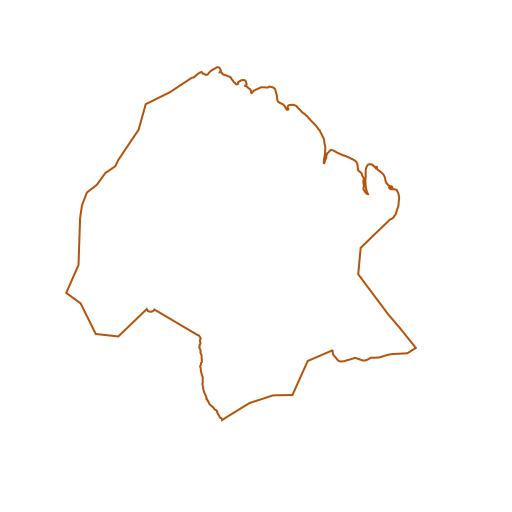 Zavxan, Uvs, Mongolia (Albers equal-area conic projection), rotated 19°
{"feature_id": "93677404B25640564843773", "entity_name": "Zavxan", "entity_type": "district", "adm_level": 2, "iso_a3": "MNG", "parent_name": "Mongolia", "parent_adm1": "Uvs", "projection": "albers", "projection_center": [93.393, 48.88], "detail": "fine", "context": "isolated", "style": "outline", "palette": "amber", "viewbox_px": 512, "rotation_deg": 19, "n_neighbors": 0, "source": "geoboundaries", "source_scale": "gbopen_adm2", "svg_char_len": 5974}
<svg xmlns="http://www.w3.org/2000/svg" viewBox="0 0 512 512"><g transform="rotate(19 256 256)"><path d="M362.1,146.2L361.3,146.0L360.5,146.2L359.5,146.0L358.4,146.1L358.1,146.1L357.0,145.3L355.8,144.8L355.4,144.1L354.2,143.1L353.9,142.7L353.8,142.1L352.8,140.8L352.2,139.7L350.7,138.0L348.7,136.8L348.1,136.7L347.0,136.1L344.4,135.2L343.3,134.9L342.5,134.6L342.1,134.2L341.9,133.9L341.5,133.8L341.3,133.1L341.4,132.8L341.2,132.6L341.1,132.4L340.3,132.6L340.2,132.7L340.1,132.9L340.2,133.6L339.4,133.1L339.0,133.1L338.7,132.8L338.6,132.7L338.3,132.7L338.2,132.8L337.7,132.7L337.2,132.3L337.2,132.1L336.7,132.0L336.4,131.8L335.8,131.8L335.5,131.9L335.1,131.8L334.9,132.0L334.5,132.0L334.2,132.2L333.8,132.1L333.3,132.3L333.0,132.7L332.6,132.9L332.3,133.2L332.0,133.7L331.8,134.4L331.6,135.3L331.5,136.2L331.6,137.9L331.9,139.8L332.4,140.8L333.0,143.0L333.9,145.0L334.2,146.8L334.6,147.8L335.1,149.9L335.6,151.0L336.6,153.6L338.0,156.2L339.9,159.2L341.7,161.0L341.4,161.1L341.0,160.8L340.7,161.1L339.9,160.7L339.0,160.3L338.8,160.1L337.8,159.7L337.3,159.0L337.0,158.5L335.9,158.1L335.6,157.6L335.5,157.1L335.4,156.6L335.5,155.6L335.4,155.0L333.2,150.7L333.2,150.4L333.0,149.2L332.7,147.8L332.4,147.1L331.7,146.4L330.6,145.7L329.3,143.9L328.8,143.4L326.7,142.5L326.3,142.5L325.9,142.4L324.5,141.5L324.2,141.2L324.3,140.7L323.8,140.1L322.6,137.3L322.0,136.4L321.2,135.4L320.3,134.5L318.6,133.6L317.3,133.4L315.7,133.0L314.6,133.1L313.7,132.8L313.1,132.7L312.1,132.8L311.0,132.4L310.3,132.5L306.5,132.2L305.9,132.5L303.4,132.3L302.9,132.1L299.6,132.0L295.3,131.1L292.8,131.2L292.3,131.4L291.9,131.8L291.3,132.9L291.0,134.0L290.5,134.9L290.2,135.3L289.9,135.8L289.9,136.5L290.0,138.3L290.1,139.6L290.4,140.0L290.5,140.5L290.2,142.7L290.2,143.4L290.4,145.2L290.3,145.7L290.2,146.1L289.9,146.1L289.5,145.1L288.8,142.4L288.2,137.9L287.8,136.2L286.6,132.3L286.0,130.5L285.3,129.0L284.2,127.6L283.0,124.8L282.2,123.5L281.4,122.5L280.2,121.4L278.6,119.7L276.6,117.9L275.5,116.6L274.2,116.0L271.1,113.8L267.7,111.9L266.4,111.3L264.4,110.3L262.4,109.2L261.8,108.8L260.3,108.3L259.2,107.3L257.9,107.0L255.7,105.8L253.4,105.3L251.1,104.1L250.0,103.4L247.8,102.5L246.5,101.8L245.9,101.4L245.4,101.1L244.7,100.9L243.7,100.9L242.9,101.0L241.3,101.1L240.0,101.6L238.6,102.3L237.9,102.9L237.5,103.4L237.4,104.5L237.5,104.9L237.8,105.7L238.2,106.1L238.6,106.3L238.8,106.5L238.9,106.8L238.8,107.0L238.3,107.4L237.6,107.7L237.2,107.5L236.3,106.8L235.2,105.7L234.0,104.7L232.4,103.9L231.0,103.7L228.2,103.4L227.0,103.1L226.7,102.9L226.0,102.3L225.3,101.3L224.6,100.0L224.5,99.7L223.4,97.4L220.0,92.4L219.5,91.9L217.6,91.1L215.0,91.2L213.3,91.5L212.3,92.9L207.0,94.4L205.5,95.1L203.8,96.9L201.6,98.9L200.6,99.9L199.9,100.8L198.9,103.4L198.8,103.5L198.6,103.5L197.2,101.2L196.3,100.4L195.8,100.1L194.3,99.8L193.7,99.4L192.8,99.0L190.9,98.7L190.5,98.8L190.2,98.7L190.2,98.4L191.0,97.7L191.3,97.2L191.2,96.7L190.7,95.7L189.6,94.3L189.2,93.9L188.6,93.6L187.7,93.5L185.8,94.1L185.5,94.4L185.1,94.5L184.5,95.1L183.5,96.3L182.6,97.3L182.5,97.8L182.9,98.1L182.9,98.4L182.8,99.4L182.4,99.8L181.8,100.1L181.0,100.0L180.3,99.7L179.8,99.2L178.6,98.9L177.7,98.2L177.1,97.7L176.7,97.4L175.9,97.1L175.4,96.8L174.8,96.1L173.5,95.2L171.2,95.1L168.8,94.9L166.8,95.1L165.9,95.1L165.4,95.0L164.6,94.3L163.6,93.9L163.0,93.5L162.6,93.4L162.0,93.9L162.0,93.4L162.4,92.0L160.8,90.3L160.3,90.0L159.4,89.8L158.4,89.9L158.0,90.1L157.3,90.7L156.1,92.1L153.8,94.6L152.2,97.3L151.7,98.5L151.4,99.4L151.2,100.1L150.6,100.6L149.3,101.1L148.5,100.9L147.7,100.7L147.2,100.8L146.4,101.0L145.4,100.0L144.7,99.8L144.4,99.9L143.1,101.0L142.6,101.6L141.5,103.1L139.5,106.6L139.1,107.4L138.5,107.8L138.0,108.0L137.0,108.7L121.5,128.9L102.3,148.4L103.9,174.8L94.5,210.2L93.7,217.0L86.5,226.6L82.4,240.4L75.4,251.1L75.0,264.9L77.3,277.3L91.1,322.3L88.6,352.7L105.6,357.9L129.9,381.9L152.0,376.9L170.0,341.7L171.7,343.2L172.2,343.3L173.3,343.2L174.9,343.0L175.6,342.4L177.3,340.7L177.4,339.7L226.1,349.7L228.0,349.7L230.5,351.9L230.4,354.0L230.5,354.3L230.8,355.0L231.5,355.7L231.8,356.3L231.9,357.3L231.6,358.6L231.6,358.8L232.2,359.7L232.2,359.9L232.1,360.8L232.2,361.0L232.8,361.8L233.4,362.2L233.7,362.6L234.8,364.4L234.8,364.7L234.9,365.3L235.0,365.6L235.5,366.2L236.2,366.8L236.9,367.7L237.7,370.0L238.1,370.6L239.3,373.7L239.3,374.2L238.9,375.1L239.0,375.7L239.2,376.7L239.2,377.5L239.1,378.5L239.9,379.6L240.4,380.5L241.2,382.3L242.9,385.1L243.9,386.4L244.5,387.1L245.5,389.1L245.9,390.3L246.2,391.3L246.5,392.2L246.9,392.9L246.8,394.2L248.5,397.0L249.4,399.0L250.4,400.4L251.4,401.8L254.6,405.1L254.9,405.8L255.8,406.7L255.8,406.8L255.8,407.5L256.1,407.7L257.0,408.0L257.5,408.4L257.6,408.9L258.1,409.1L258.5,409.5L258.9,409.6L259.6,410.6L260.5,411.3L263.7,412.7L264.9,413.0L265.4,413.4L265.8,413.9L266.1,414.1L268.2,414.8L268.8,414.8L269.4,415.1L269.7,415.3L270.0,416.2L270.1,416.5L271.2,417.2L271.7,418.0L273.3,419.1L273.7,419.8L274.5,420.5L275.0,420.7L275.4,420.6L276.2,420.8L276.7,421.1L277.0,421.4L277.3,422.2L281.5,416.9L297.7,397.2L317.5,382.2L335.7,375.6L339.1,338.4L358.7,320.6L359.1,320.5L359.4,320.7L359.7,321.8L360.5,323.3L361.3,324.3L362.7,325.2L364.2,325.9L366.3,327.4L367.8,328.2L368.3,328.3L370.0,328.3L370.6,328.1L373.6,326.8L375.3,325.4L379.7,322.5L381.2,321.3L381.8,320.7L382.6,320.2L382.9,320.1L384.1,320.0L390.5,320.0L391.3,320.0L392.1,319.7L393.3,319.1L394.9,317.9L395.9,316.9L396.7,315.9L397.8,314.8L401.4,313.5L405.4,311.9L411.3,307.6L414.6,305.5L416.9,304.3L430.8,298.7L437.0,290.8L416.2,277.7L400.4,268.4L358.6,240.0L352.3,214.2L361.7,195.7L370.9,177.7L372.0,177.0L372.4,176.4L373.3,174.9L373.8,173.1L374.4,171.8L374.5,170.7L374.5,169.8L374.3,168.8L374.4,162.9L373.8,160.1L373.4,158.7L373.1,157.5L372.6,155.1L372.2,153.9L370.9,151.6L370.2,150.5L367.7,147.9L367.2,147.6L365.8,147.9L365.1,147.8L362.3,148.9L361.3,148.9L359.6,148.1L359.6,147.9L359.7,147.6L360.2,147.1L360.8,146.8L361.5,146.9L362.1,147.4L362.3,147.3L362.6,146.9L362.6,146.6L362.1,146.2Z" fill="none" stroke="#b45309" stroke-width="2"/></g></svg>